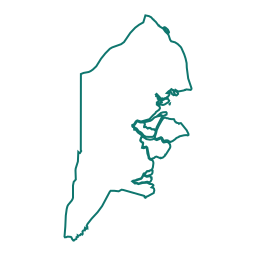 Indragiri Hilir, Riau, Indonesia (Equal Earth projection)
{"feature_id": "22746128B36468792556341", "entity_name": "Indragiri Hilir", "entity_type": "district", "adm_level": 2, "iso_a3": "IDN", "parent_name": "Indonesia", "parent_adm1": "Riau", "projection": "equal_earth", "projection_center": [103.334, -0.292], "detail": "fine", "context": "isolated", "style": "outline", "palette": "teal", "viewbox_px": 256, "rotation_deg": 0, "n_neighbors": 0, "source": "geoboundaries", "source_scale": "gbopen_adm2", "svg_char_len": 5938}
<svg xmlns="http://www.w3.org/2000/svg" viewBox="0 0 256 256"><path d="M154.0,188.7L153.3,187.9L151.6,187.4L153.4,185.6L153.3,185.0L152.0,184.1L149.5,183.9L147.2,182.7L142.5,183.0L138.4,184.1L136.5,183.3L134.9,183.5L132.2,181.3L133.1,180.7L135.5,180.3L136.8,179.6L141.0,178.4L141.8,177.4L143.1,175.1L143.2,174.4L143.7,173.6L144.1,173.3L145.2,173.3L147.1,171.1L148.7,171.0L151.5,169.8L152.4,168.6L152.9,167.2L153.4,163.3L153.3,162.1L152.6,160.4L150.1,159.6L148.7,158.3L148.4,156.4L147.4,153.5L146.7,147.4L146.1,147.3L143.7,148.2L142.0,147.8L143.0,143.9L143.0,143.2L142.8,142.8L141.8,142.4L140.5,141.1L140.2,140.2L141.2,137.3L142.2,136.2L141.5,135.1L137.9,132.5L135.8,129.8L134.2,129.7L134.0,127.4L132.7,126.9L132.3,126.3L132.2,125.1L134.2,124.1L135.8,121.4L137.3,120.4L140.6,121.4L141.5,121.4L149.4,119.2L153.1,115.2L155.3,113.3L155.9,112.1L159.2,109.7L160.0,108.1L159.5,106.5L156.8,104.6L156.9,102.4L158.3,101.6L158.6,100.1L158.5,99.5L157.7,98.7L158.0,97.8L157.5,95.9L156.6,96.5L156.1,96.2L156.3,94.9L155.9,94.5L156.6,93.9L159.9,97.4L160.2,97.8L160.2,99.0L160.7,99.0L162.1,98.3L163.4,99.2L164.1,98.4L166.2,97.9L167.4,96.8L168.1,96.6L169.1,95.1L169.5,94.1L169.4,93.2L168.7,92.5L167.6,93.3L166.8,93.1L168.7,91.2L169.8,90.6L171.4,89.1L173.2,90.3L173.8,90.1L176.3,90.8L176.2,90.3L177.8,91.3L178.9,91.4L184.0,90.4L184.7,89.9L185.4,90.0L186.2,89.4L190.7,89.9L191.4,89.1L191.5,88.3L188.2,78.5L186.8,67.7L186.6,63.1L185.6,58.6L184.2,54.3L181.4,48.0L180.6,46.8L177.7,44.0L175.0,42.3L171.2,41.3L170.1,39.7L168.6,35.1L167.6,33.8L165.3,31.6L163.2,28.6L159.4,26.3L159.3,25.8L158.6,25.6L158.6,25.2L158.2,25.1L155.8,21.9L153.7,20.0L153.5,19.5L152.9,19.3L151.2,17.3L148.9,16.1L145.4,15.4L143.3,22.4L139.2,24.7L135.2,27.7L130.3,32.9L124.0,42.1L121.1,44.2L112.2,47.4L109.8,48.8L105.3,53.4L101.1,58.6L96.3,66.3L92.8,69.6L90.6,71.1L88.7,72.0L83.7,72.9L80.9,74.0L80.8,150.0L81.2,151.0L79.9,153.1L79.4,153.1L78.3,152.0L77.9,161.5L75.7,168.5L75.5,170.4L75.8,179.5L73.7,181.9L73.0,185.5L73.0,197.7L72.5,199.2L71.7,200.6L68.2,204.8L67.4,206.3L66.7,209.0L65.8,215.5L65.3,226.8L64.5,236.6L64.9,237.3L66.2,237.2L67.7,236.6L70.8,236.9L71.4,237.3L72.1,239.0L73.3,240.5L73.8,240.6L74.5,239.8L76.3,239.0L76.6,237.1L77.7,237.0L77.7,235.5L78.2,235.9L79.7,235.2L80.1,235.2L80.9,234.1L82.3,234.6L82.7,233.9L82.5,231.4L83.2,230.6L83.9,230.5L84.3,230.0L84.9,230.2L85.2,229.3L84.8,228.5L85.0,227.8L86.3,228.7L86.6,228.3L87.4,228.5L87.3,226.7L86.6,225.9L87.6,223.8L91.7,218.6L97.6,212.2L102.1,206.1L109.7,191.9L110.6,190.8L114.3,190.8L118.7,191.3L121.6,189.7L123.4,190.0L144.2,195.9L144.4,196.1L144.7,197.4L145.4,197.8L145.8,197.6L146.3,196.7L147.4,196.4L153.7,193.0L154.3,190.4L154.0,188.7ZM166.8,118.3L165.3,117.6L163.4,118.1L161.5,120.9L158.9,125.5L156.8,130.0L156.1,133.1L154.8,137.0L155.1,137.9L155.8,138.7L156.6,139.0L161.0,137.2L162.1,137.9L163.6,140.9L166.1,140.3L167.8,140.4L169.5,141.9L169.8,141.6L170.4,142.0L172.7,141.0L175.2,139.2L176.4,138.0L178.9,136.9L179.3,136.4L183.9,135.3L186.3,135.1L187.8,135.4L188.5,134.9L188.4,133.8L186.7,130.3L180.9,123.1L180.2,123.1L179.1,123.7L179.0,123.3L176.4,122.7L176.3,122.3L175.3,121.8L174.7,120.9L174.1,119.3L173.6,119.1L171.2,119.1L169.0,118.8L167.7,118.2L166.8,118.3ZM146.4,139.1L142.7,136.7L141.4,137.5L140.4,140.2L141.8,142.0L143.0,142.5L143.2,143.0L142.6,147.4L146.3,146.6L147.3,147.6L149.2,157.6L149.6,158.3L150.9,158.8L152.1,158.9L152.7,158.4L154.1,158.0L155.3,156.9L156.5,156.6L160.6,158.3L161.0,158.1L161.1,157.8L161.6,158.0L162.8,157.6L164.9,155.8L165.2,154.8L165.5,154.9L166.3,153.8L169.9,148.1L170.3,147.0L170.3,146.1L170.0,144.5L168.4,142.5L166.7,141.9L163.8,142.5L163.2,142.2L162.2,140.9L161.6,138.9L161.0,138.4L156.8,140.1L155.2,139.5L154.3,138.6L152.3,139.4L150.0,139.7L146.4,139.1ZM140.3,122.5L137.6,121.4L136.9,121.5L134.8,124.7L132.9,126.0L133.0,126.3L134.2,126.8L134.7,127.6L136.6,128.5L138.9,131.4L140.4,132.0L141.8,133.1L143.8,135.6L146.1,136.8L152.3,136.9L153.4,136.5L154.9,134.5L155.6,132.0L155.7,130.8L153.5,129.3L151.8,129.4L150.1,128.1L148.8,128.1L147.8,128.6L145.8,127.0L144.3,127.2L144.1,127.0L144.1,126.3L144.9,124.3L144.0,122.4L140.3,122.5ZM156.9,126.8L161.8,117.2L162.0,116.6L161.3,115.6L157.7,116.3L154.5,117.4L152.1,119.7L150.4,120.8L144.1,122.3L144.9,124.1L144.9,124.5L144.2,126.3L144.2,127.0L145.8,126.8L147.6,128.3L148.9,127.8L150.2,127.9L152.0,129.2L154.2,129.2L155.6,130.4L156.9,126.8ZM143.8,175.5L143.3,175.6L142.1,177.8L141.2,178.8L135.0,180.8L133.6,180.8L133.1,181.3L133.6,182.2L134.6,182.9L137.0,182.9L138.8,183.6L142.0,182.3L144.4,182.3L147.2,181.7L149.4,182.4L150.7,181.3L151.7,179.2L151.6,177.6L151.1,177.6L151.2,177.2L149.7,176.2L146.8,176.8L143.8,175.5ZM168.5,99.9L167.6,98.2L166.3,98.9L164.6,98.9L163.9,99.6L162.5,100.2L161.4,101.1L161.8,102.4L160.4,102.7L160.4,104.5L162.9,105.0L164.6,104.5L168.4,102.1L168.9,101.5L169.2,100.6L168.5,99.9ZM152.6,170.6L152.4,170.3L151.7,170.2L150.1,170.5L148.9,171.3L147.3,171.2L145.1,173.6L144.0,173.5L143.3,174.3L143.2,174.9L145.5,175.4L146.9,176.1L151.0,174.7L151.7,174.2L152.5,172.8L152.6,170.6ZM166.0,112.1L163.0,112.3L160.9,113.0L157.7,115.6L161.1,115.0L163.0,116.1L166.5,114.6L166.7,113.8L166.6,112.7L166.0,112.1ZM174.0,92.4L174.0,91.6L173.6,90.9L171.4,89.3L169.8,90.9L171.5,92.6L171.7,93.5L172.3,94.3L173.7,95.2L174.7,94.9L174.7,94.6L174.0,92.4ZM168.6,32.9L169.0,32.3L168.9,31.8L167.8,29.6L165.4,27.5L164.3,27.2L163.7,27.6L164.4,29.1L165.7,30.6L168.6,32.9ZM176.6,95.4L178.1,93.9L177.9,93.2L176.3,91.2L173.9,90.3L173.5,90.4L174.1,91.6L174.8,94.3L175.8,95.3L176.6,95.4ZM160.2,102.6L161.7,102.2L161.2,101.2L160.2,100.0L159.7,100.0L159.0,100.3L158.5,101.8L157.2,102.9L159.0,104.3L160.1,104.5L160.2,102.6ZM157.4,95.1L156.4,94.2L156.2,94.4L156.5,95.4L156.3,95.9L156.7,96.1L157.2,95.5L157.8,95.8L158.2,97.2L158.0,98.7L158.9,99.8L159.8,99.5L161.4,100.6L162.6,99.4L162.1,98.8L160.9,99.6L160.0,99.3L159.8,98.8L159.8,97.8L158.4,96.7L157.4,95.1ZM168.8,104.6L169.7,104.4L169.8,103.9L168.8,104.6Z" fill="none" stroke="#0f766e" stroke-width="2"/></svg>